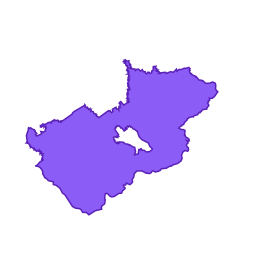 the district of Bogor, Jawa Barat, Indonesia, rotated 325°
{"feature_id": "22746128B99423643145371", "entity_name": "Bogor", "entity_type": "district", "adm_level": 2, "iso_a3": "IDN", "parent_name": "Indonesia", "parent_adm1": "Jawa Barat", "projection": "albers", "projection_center": [106.799, -6.545], "detail": "fine", "context": "isolated", "style": "filled", "palette": "violet", "viewbox_px": 256, "rotation_deg": 325, "n_neighbors": 0, "source": "geoboundaries", "source_scale": "gbopen_adm2", "svg_char_len": 5816}
<svg xmlns="http://www.w3.org/2000/svg" viewBox="0 0 256 256"><g transform="rotate(325 128 128)"><path d="M170.4,85.8L169.0,85.0L167.0,85.1L167.5,83.6L164.7,81.6L165.3,81.0L163.8,79.9L166.1,79.6L165.4,79.4L166.0,78.2L165.3,77.5L165.7,77.0L166.4,77.3L166.2,74.4L167.3,73.5L165.5,72.6L164.9,70.5L164.3,70.6L164.7,71.2L163.9,70.6L164.0,71.1L163.4,71.1L163.9,71.5L163.6,72.3L162.7,71.9L163.2,72.8L162.4,72.9L163.2,73.9L162.4,75.0L162.8,75.8L163.5,75.8L162.6,76.1L163.2,76.7L162.4,77.4L162.8,78.4L160.7,79.4L161.1,80.4L160.1,80.4L161.0,81.6L160.1,81.9L160.6,82.6L159.9,82.7L159.7,83.8L158.6,83.6L159.3,84.2L158.6,85.6L158.9,86.1L158.2,85.9L157.3,86.6L157.8,86.8L157.2,88.2L156.0,87.9L155.2,88.9L155.2,89.4L156.2,89.7L153.4,91.0L153.1,91.9L153.7,92.3L153.2,92.9L152.7,92.5L152.0,93.5L152.5,93.7L152.0,93.9L152.3,94.9L151.8,95.2L152.3,95.7L151.7,97.1L151.3,96.4L150.8,96.8L150.2,96.3L150.1,97.2L149.5,96.6L149.2,98.1L148.0,98.3L148.0,99.8L147.0,99.5L147.1,100.2L146.3,100.1L145.9,101.2L146.3,101.6L144.9,102.4L145.2,103.8L144.7,103.6L144.7,104.4L144.1,103.9L144.4,105.1L143.8,105.0L144.2,105.4L144.0,106.4L143.3,106.3L144.0,107.0L143.2,107.5L142.4,106.8L137.8,106.9L137.2,102.1L136.5,102.1L134.9,102.7L134.8,103.3L135.5,103.9L135.1,104.8L133.4,105.6L133.0,105.2L132.6,105.7L133.0,106.5L132.4,106.2L131.5,106.7L130.7,108.1L130.6,106.6L129.5,106.0L130.1,104.1L125.9,103.7L125.1,105.9L123.1,105.9L123.3,103.5L122.0,103.2L121.9,102.6L110.2,102.8L109.7,101.1L108.9,100.5L108.9,99.9L109.8,99.4L109.5,99.0L109.9,98.1L108.3,97.0L108.9,94.9L108.1,94.1L108.0,92.7L107.4,92.7L107.9,92.2L107.5,91.1L107.9,91.1L107.3,90.7L107.7,90.3L106.3,90.3L106.7,88.0L106.1,88.0L106.5,87.5L105.1,86.5L105.1,85.4L106.1,84.9L106.0,84.2L105.7,84.6L93.2,83.6L91.4,83.8L90.1,84.6L78.6,84.6L77.2,83.8L77.1,84.7L76.2,84.8L75.9,83.8L74.8,83.2L75.3,82.3L74.7,82.1L74.9,81.2L73.5,80.8L72.3,79.0L71.6,79.8L71.3,79.0L69.7,78.8L69.1,79.3L68.0,78.7L67.7,79.5L67.3,78.5L65.5,77.9L66.2,77.8L62.1,77.6L60.4,75.7L58.5,76.3L57.7,75.7L57.0,76.9L57.6,77.0L57.6,77.6L59.1,77.5L60.3,78.5L59.8,79.1L61.1,78.8L61.6,79.3L60.7,80.6L61.0,81.0L59.3,81.8L58.6,83.0L56.7,83.0L54.6,80.9L54.1,83.1L51.7,82.9L48.4,82.0L48.5,80.4L50.2,80.1L49.7,77.5L50.2,77.3L50.3,75.7L48.9,73.9L48.4,72.0L47.3,71.9L46.8,70.7L46.2,71.0L45.7,72.0L40.4,76.0L37.7,81.2L36.5,81.7L37.4,81.9L36.8,82.7L37.8,83.5L37.5,84.9L38.0,85.8L37.2,86.4L37.8,87.3L37.0,88.1L38.0,88.2L38.5,90.1L39.5,90.7L38.8,91.3L39.5,92.3L38.9,91.8L38.5,92.1L39.9,93.1L40.4,92.7L39.5,93.5L39.8,94.7L40.9,94.8L41.6,96.1L42.5,95.3L42.3,96.7L43.2,96.9L43.2,98.0L41.4,98.2L41.0,98.9L42.2,98.7L43.4,100.1L42.3,100.0L43.0,100.4L41.8,100.8L42.4,101.7L39.5,104.1L40.5,104.3L40.0,105.5L36.1,105.3L32.2,106.4L30.8,106.1L30.8,106.6L31.7,107.1L33.3,109.6L33.5,113.3L32.8,115.6L31.9,116.5L31.4,121.2L32.3,123.0L32.6,125.5L36.0,129.3L34.4,131.5L36.3,133.6L37.7,138.6L37.0,143.6L38.0,146.5L37.5,160.5L39.0,163.5L42.1,166.4L42.7,168.1L42.5,171.1L45.5,173.4L46.2,176.7L53.7,177.0L59.9,179.4L60.2,178.3L61.9,176.9L65.4,176.7L68.2,173.7L68.4,172.6L70.3,170.0L72.1,168.8L73.6,169.9L74.1,173.5L75.0,175.0L77.4,176.2L83.0,176.3L85.3,177.7L87.6,176.3L90.8,176.0L91.2,175.3L90.8,174.0L91.5,172.2L93.5,173.3L94.9,172.2L97.1,175.5L99.7,175.3L101.0,174.6L101.8,172.6L104.4,171.6L107.1,169.0L110.7,168.3L114.8,171.2L116.8,175.2L119.4,177.6L121.6,177.9L123.0,177.1L124.2,177.7L125.0,179.6L128.1,180.9L130.0,181.2L132.0,180.5L136.2,182.9L140.0,183.2L141.4,184.0L144.1,184.1L148.2,185.5L152.4,185.4L154.8,184.0L156.3,180.9L159.3,179.1L161.9,179.2L163.6,181.3L165.0,180.7L166.1,178.8L165.6,176.9L166.0,175.8L166.7,175.0L168.4,174.8L169.0,174.1L168.9,171.9L170.0,173.5L170.9,173.6L171.6,171.8L170.1,168.2L170.8,166.1L170.4,166.1L173.3,162.8L172.6,161.2L170.6,159.6L169.6,157.2L171.9,156.7L173.2,157.1L174.0,156.3L175.5,157.1L177.7,155.8L180.8,155.4L181.8,154.4L182.8,154.8L183.8,154.4L187.3,155.7L187.9,156.4L189.0,155.8L192.6,157.0L194.6,156.2L195.9,156.8L196.3,156.1L197.6,156.6L198.4,156.0L200.3,156.0L203.4,157.7L204.2,156.8L207.2,155.9L207.7,152.8L209.0,152.9L209.5,151.8L210.6,152.1L211.5,151.3L211.7,150.2L214.0,152.0L217.0,151.8L222.4,149.8L221.9,148.3L222.3,145.8L224.0,144.0L225.2,141.5L223.7,138.8L220.7,138.2L217.2,135.9L216.4,131.9L215.5,131.7L215.2,130.5L213.8,129.6L213.3,125.1L212.8,125.1L213.0,124.3L210.9,121.1L211.2,120.0L210.6,119.9L210.5,117.5L211.0,116.6L211.8,116.5L211.7,115.5L212.8,115.1L212.6,113.3L209.4,112.2L208.5,111.3L204.9,110.6L203.5,109.3L200.7,109.6L201.4,107.6L197.1,108.4L195.2,106.3L190.6,105.2L190.8,104.0L187.5,102.1L186.5,101.6L184.8,102.1L185.8,101.6L185.4,100.6L184.6,100.5L185.7,99.9L185.5,99.1L185.1,97.8L184.8,98.5L183.8,97.7L184.1,97.2L185.4,97.3L184.6,96.6L185.5,96.1L184.6,94.8L186.4,93.5L183.9,92.2L181.6,95.2L180.1,94.9L179.0,96.3L177.2,95.9L177.2,94.6L176.5,94.5L176.5,93.7L176.3,93.6L174.3,94.3L174.2,94.2L173.8,92.6L174.4,91.7L172.9,90.7L173.2,88.4L170.8,88.5L170.4,85.8ZM118.2,120.2L120.4,119.9L120.8,120.9L121.5,120.8L122.1,121.6L122.2,123.8L122.5,123.6L123.1,124.9L123.1,128.2L124.5,128.3L124.5,127.7L126.0,126.7L126.0,128.0L126.8,128.2L127.4,126.6L129.0,126.3L129.0,127.4L130.2,127.3L130.5,128.1L130.7,127.7L131.5,129.2L131.7,131.6L132.7,132.9L133.4,135.7L134.0,135.0L132.1,141.6L132.6,145.3L136.1,152.0L135.3,155.5L136.0,159.0L134.9,159.6L131.9,159.7L129.2,158.0L128.4,155.5L126.8,154.3L127.0,151.9L126.1,153.3L125.6,153.2L125.9,152.6L124.6,151.8L121.6,155.0L118.0,153.7L120.7,151.6L122.4,147.6L121.0,146.0L119.8,142.7L118.9,142.6L118.7,141.1L116.8,139.7L116.0,137.0L112.9,134.4L111.6,134.7L111.6,135.3L110.8,135.1L110.2,134.1L111.1,133.5L109.5,132.8L109.6,130.2L110.1,130.3L109.8,129.8L110.8,127.4L112.2,127.6L113.4,129.4L114.1,128.7L114.4,129.6L115.0,128.7L115.5,129.1L115.4,128.4L116.4,128.1L116.4,122.3L117.0,121.1L118.4,120.9L118.2,120.2Z" fill="#8b5cf6" stroke="#5b21b6" stroke-width="1.5"/></g></svg>